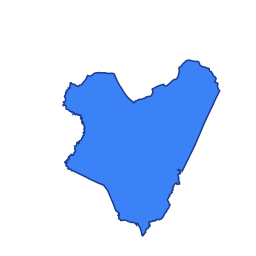 Tan Bien, Tây Ninh, Vietnam (Mercator projection), rotated 26°
{"feature_id": "81297802B37342354446447", "entity_name": "Tan Bien", "entity_type": "district", "adm_level": 2, "iso_a3": "VNM", "parent_name": "Vietnam", "parent_adm1": "Tây Ninh", "projection": "mercator", "projection_center": [105.982, 11.586], "detail": "fine", "context": "isolated", "style": "filled", "palette": "blue", "viewbox_px": 256, "rotation_deg": 26, "n_neighbors": 0, "source": "geoboundaries", "source_scale": "gbopen_adm2", "svg_char_len": 5773}
<svg xmlns="http://www.w3.org/2000/svg" viewBox="0 0 256 256"><g transform="rotate(26 128 128)"><path d="M178.2,211.4L177.8,209.7L178.0,209.4L178.4,209.3L179.3,210.0L180.1,211.1L181.2,211.6L181.7,211.9L182.3,212.2L182.8,212.5L183.9,214.0L184.4,214.3L185.6,215.5L187.2,218.0L188.3,218.1L188.4,218.4L188.7,218.2L188.8,217.2L188.6,216.6L188.9,216.5L188.7,216.2L189.0,215.8L189.1,215.0L189.6,214.6L189.5,213.8L188.8,212.6L189.0,211.7L188.9,210.9L189.1,210.6L188.9,210.3L189.6,209.8L189.5,209.7L190.2,208.7L190.1,208.2L189.8,208.2L189.8,207.7L190.1,206.9L190.6,206.8L190.2,206.3L190.5,206.0L190.0,205.3L189.9,205.3L189.8,205.5L189.7,205.3L189.5,205.5L189.3,205.4L189.0,205.0L188.8,204.3L188.2,203.9L188.1,203.0L188.6,203.0L189.1,202.8L189.7,202.3L189.9,201.9L190.2,201.7L190.6,201.2L191.1,200.9L191.2,200.5L191.5,200.7L192.1,200.1L192.3,199.9L192.4,199.4L193.1,199.1L193.2,198.6L193.5,198.4L193.6,198.6L194.0,197.4L194.4,197.4L194.6,197.3L194.5,197.1L196.1,196.9L196.7,196.4L197.0,195.7L197.5,195.3L197.7,194.8L198.0,194.7L197.9,194.2L198.4,193.2L198.5,191.0L198.3,190.5L198.6,189.8L198.4,188.7L198.5,188.1L198.9,187.5L198.9,186.9L199.3,186.5L199.0,185.4L199.2,183.8L199.6,182.3L199.4,180.1L199.5,178.5L198.3,178.3L196.9,176.7L194.8,175.4L194.8,174.4L195.0,173.9L195.0,172.9L195.0,171.3L195.3,170.7L194.5,169.7L195.4,168.3L195.9,166.3L195.0,165.4L195.5,164.3L195.5,164.0L195.0,162.6L194.3,162.1L194.6,161.5L194.7,160.7L194.3,159.9L194.4,158.6L195.3,156.4L195.7,156.0L196.2,156.1L196.8,157.2L198.9,155.7L197.8,154.0L196.6,153.3L196.7,152.8L195.8,152.0L195.9,151.4L195.5,151.1L195.2,150.0L193.8,148.8L193.5,148.3L193.5,148.0L194.0,147.1L194.9,146.2L195.1,145.4L194.7,145.5L194.4,145.5L193.9,145.2L193.9,144.7L193.3,144.1L191.1,143.7L191.6,143.1L195.6,143.1L195.7,114.0L194.4,88.8L194.2,70.8L194.0,62.3L194.1,54.4L192.4,53.6L191.5,53.0L190.7,51.9L190.2,51.6L189.3,48.7L188.3,48.4L186.3,48.6L185.9,48.3L185.8,47.8L185.6,45.1L185.4,44.8L183.5,43.7L182.1,43.8L180.2,42.1L179.0,41.6L178.2,40.9L176.8,41.1L176.3,40.9L174.9,39.1L174.3,39.0L173.0,39.5L171.0,39.5L168.1,40.1L166.1,40.2L165.2,39.9L163.0,37.9L162.5,37.6L161.6,37.6L157.8,39.2L153.5,40.1L152.4,40.6L151.4,41.4L150.8,42.1L149.0,47.0L148.7,49.3L147.5,50.9L147.5,51.4L147.8,52.4L149.1,54.2L150.2,58.6L150.4,60.5L150.2,62.4L149.3,63.5L148.3,64.1L147.3,65.7L145.6,70.3L144.5,72.7L143.6,73.7L142.6,74.1L142.2,74.0L141.1,73.2L140.7,73.2L136.6,77.1L134.0,80.7L132.7,82.2L132.8,82.7L134.7,84.5L134.8,87.3L134.6,89.2L134.1,89.7L131.6,91.3L130.7,92.2L130.1,93.9L129.6,94.3L129.4,94.2L128.9,94.9L128.4,95.1L128.0,96.1L127.8,96.3L126.3,96.8L125.5,97.3L124.3,99.1L123.1,100.2L122.5,100.9L122.2,101.8L122.3,102.9L122.0,102.9L119.7,102.0L117.3,101.5L113.9,100.4L108.6,97.7L105.0,95.2L102.4,93.8L98.5,91.1L92.2,85.7L91.5,85.4L90.1,85.6L88.6,86.3L85.9,87.9L83.8,88.2L79.4,90.3L78.1,90.7L76.9,91.3L74.0,93.3L73.6,93.9L72.5,96.3L71.6,97.8L70.2,98.3L68.6,98.6L68.8,100.6L68.7,102.9L68.3,104.8L67.0,109.9L65.6,110.8L65.3,111.2L65.1,112.4L64.8,112.6L63.6,112.7L60.9,112.3L58.2,112.8L57.1,112.3L56.4,112.7L56.5,113.2L56.9,113.4L57.2,114.0L57.2,114.3L57.0,114.6L57.5,115.5L57.3,116.2L57.5,116.6L57.5,116.9L58.0,117.0L58.3,117.4L58.2,117.7L57.7,118.0L57.5,118.5L56.9,118.6L57.4,119.1L57.4,119.5L57.2,120.0L56.6,120.4L56.7,121.1L56.4,121.6L56.8,121.8L56.9,122.1L56.4,122.8L56.4,123.0L57.0,123.0L57.2,123.3L57.1,123.6L56.7,123.9L57.0,125.2L57.3,125.5L57.4,126.2L56.9,127.0L56.9,127.3L58.1,128.3L58.7,128.4L59.2,129.6L60.0,130.3L59.3,132.8L59.0,133.1L58.7,133.0L58.8,133.5L59.5,133.5L60.3,134.3L60.4,134.7L60.1,135.1L60.0,135.5L59.6,135.7L60.0,136.3L60.2,136.1L60.3,135.6L60.9,135.5L61.0,135.1L61.7,135.3L62.7,135.4L63.0,136.4L64.2,138.1L66.6,137.6L67.0,137.8L67.4,138.2L68.2,138.4L68.9,138.4L69.6,138.2L70.2,137.8L70.5,137.7L70.8,137.9L70.8,138.1L70.4,139.1L71.5,138.1L72.3,137.9L72.7,138.2L72.7,139.5L73.2,138.8L73.8,138.4L74.2,138.5L74.4,139.0L75.0,139.2L75.4,138.1L75.7,137.9L77.1,138.3L77.8,138.1L77.5,137.8L77.8,137.5L78.5,137.4L78.8,137.9L79.3,137.3L80.1,137.3L80.6,137.7L80.6,139.0L80.8,139.4L81.2,139.2L81.8,139.2L82.1,139.0L82.5,139.2L82.7,139.7L82.6,140.1L81.9,140.6L82.9,141.0L83.3,141.3L83.7,141.8L83.7,142.2L83.6,142.5L84.4,142.6L85.3,142.4L85.6,142.6L85.7,143.0L85.5,143.4L85.0,143.8L84.6,143.8L84.7,144.0L86.4,144.4L87.2,144.7L87.6,145.2L88.0,146.1L88.9,146.3L89.2,146.5L89.2,146.9L88.8,147.6L88.8,148.1L89.4,148.2L90.1,150.2L90.7,150.2L90.9,150.5L90.8,151.0L90.2,151.4L89.9,152.0L90.1,152.3L91.2,152.8L91.4,153.3L91.5,154.0L90.8,155.0L91.3,155.8L91.2,156.2L90.9,156.7L91.2,157.8L91.0,159.5L90.8,160.1L90.3,160.5L90.1,161.3L89.7,161.7L90.5,162.3L90.7,162.7L90.6,163.2L90.3,163.8L90.1,163.8L89.5,163.6L89.3,163.0L88.8,163.0L88.6,163.3L88.4,163.9L89.0,164.6L89.3,166.7L89.0,167.1L88.0,167.7L88.8,168.2L88.9,169.4L89.5,170.5L90.3,170.9L90.7,171.4L90.8,171.9L90.6,172.4L90.9,173.2L90.4,173.8L90.9,175.9L90.6,176.4L89.7,177.0L89.2,176.8L89.0,176.3L88.6,176.5L88.2,177.9L87.2,179.9L87.4,180.5L88.2,180.4L88.5,180.7L88.5,182.4L88.2,182.8L87.3,182.5L87.3,183.4L86.2,186.1L86.3,186.5L87.1,187.1L87.5,185.7L87.8,185.5L88.4,185.6L88.5,186.0L88.3,186.7L88.3,187.3L88.7,188.8L89.4,189.4L91.2,189.2L91.6,189.6L91.6,190.7L91.9,191.0L93.5,190.8L94.3,190.2L94.9,190.1L95.4,190.4L95.9,191.2L97.6,190.3L98.0,190.4L98.2,190.6L112.4,190.5L115.4,190.7L126.7,190.5L128.7,190.1L129.8,190.4L131.1,189.9L131.9,190.5L136.8,192.9L146.6,201.3L152.9,207.3L153.9,207.8L155.5,207.9L155.9,208.1L157.8,208.4L157.9,209.0L157.1,209.5L157.2,209.8L158.0,210.3L157.5,210.5L157.6,210.8L157.5,211.0L158.5,211.1L159.2,213.3L159.5,213.6L160.1,213.7L161.4,213.6L161.9,214.4L163.4,213.5L164.0,213.3L165.8,211.9L168.2,211.9L171.6,211.6L172.8,211.3L173.8,210.6L174.3,210.5L175.6,210.3L176.1,210.8L177.2,210.8L178.2,211.4Z" fill="#3b82f6" stroke="#1e3a8a" stroke-width="1.5"/></g></svg>